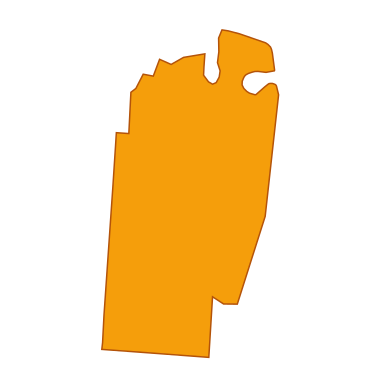 Jefferson, Mississippi, United States of America, rotated 94°
{"feature_id": "52423323B23830846230255", "entity_name": "Jefferson", "entity_type": "district", "adm_level": 2, "iso_a3": "USA", "parent_name": "United States of America", "parent_adm1": "Mississippi", "projection": "mercator", "projection_center": [-91.21, 31.74], "detail": "fine", "context": "isolated", "style": "filled", "palette": "amber", "viewbox_px": 384, "rotation_deg": 94, "n_neighbors": 0, "source": "geoboundaries", "source_scale": "gbopen_adm2", "svg_char_len": 932}
<svg xmlns="http://www.w3.org/2000/svg" viewBox="0 0 384 384"><g transform="rotate(94 192 192)"><path d="M53.3,188.8L58.3,209.8L66.2,221.7L61.9,233.6L79.1,238.7L77.9,248.9L92.6,255.2L96.8,259.9L138.1,259.1L138.1,271.6L151.9,271.5L192.8,271.3L320.8,271.2L348.6,270.7L355.3,271.0L355.5,217.5L355.8,163.7L295.1,164.2L301.5,152.7L300.7,139.0L259.4,129.0L211.2,117.3L89.0,112.4L80.5,115.1L79.4,115.8L78.8,116.8L78.1,119.2L78.2,121.4L78.5,122.7L79.3,123.8L82.2,126.9L90.3,134.9L90.6,135.9L89.4,141.5L87.9,144.3L85.1,147.5L81.7,149.5L78.0,149.6L74.1,148.3L72.2,147.2L71.2,146.2L69.8,144.0L68.3,140.4L67.4,137.7L67.1,134.6L67.5,126.5L65.4,118.3L64.7,118.1L47.9,121.5L44.3,122.6L41.9,123.8L39.5,126.5L38.1,128.9L30.9,155.6L28.7,167.3L28.2,173.4L36.6,176.2L50.3,175.0L53.6,175.2L61.2,175.6L69.2,172.4L75.5,172.9L81.2,175.5L83.0,179.0L81.0,183.2L74.7,188.6L66.2,188.8L53.3,188.8Z" fill="#f59e0b" stroke="#b45309" stroke-width="1.5"/></g></svg>